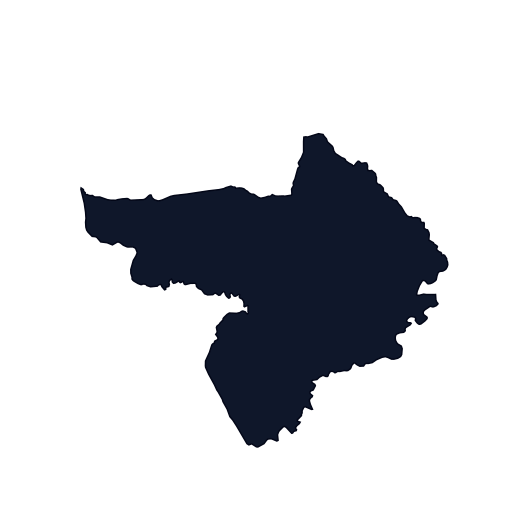 Venilale, Baucau, East Timor (Robinson projection), rotated 43°
{"feature_id": "22284137B53868942540237", "entity_name": "Venilale", "entity_type": "district", "adm_level": 2, "iso_a3": "TLS", "parent_name": "East Timor", "parent_adm1": "Baucau", "projection": "robinson", "projection_center": [126.397, -8.638], "detail": "fine", "context": "isolated", "style": "filled", "palette": "ink", "viewbox_px": 512, "rotation_deg": 43, "n_neighbors": 0, "source": "geoboundaries", "source_scale": "gbopen_adm2", "svg_char_len": 6155}
<svg xmlns="http://www.w3.org/2000/svg" viewBox="0 0 512 512"><g transform="rotate(43 256 256)"><path d="M211.1,134.9L209.9,136.4L212.7,139.8L220.1,147.7L222.1,152.9L223.3,158.7L223.9,159.4L226.7,160.5L227.2,161.6L226.6,162.3L227.1,163.9L232.0,173.2L233.0,176.5L233.6,177.5L235.5,178.9L236.1,182.0L236.5,182.9L240.1,186.3L240.4,187.4L236.2,192.7L235.0,193.5L231.2,197.3L229.3,198.9L226.0,200.0L225.8,202.6L224.2,204.0L222.6,207.0L220.1,210.5L217.5,211.6L212.9,212.2L211.6,212.8L210.9,213.7L208.3,214.6L205.5,214.5L203.8,215.0L201.3,215.1L199.1,216.2L197.4,217.6L194.9,220.4L194.0,219.9L193.1,220.3L192.3,221.2L190.0,222.0L187.4,226.4L186.5,228.7L183.8,232.6L176.7,240.9L163.3,257.8L154.9,267.6L152.9,270.6L149.4,278.6L147.9,281.2L146.7,282.6L143.2,284.2L140.4,284.3L137.7,283.0L136.9,283.6L136.5,284.9L136.3,288.6L135.8,290.6L135.0,291.8L126.5,300.5L125.6,301.0L123.4,301.4L122.5,301.9L119.1,305.6L116.5,309.0L115.4,310.9L111.8,314.2L109.0,316.1L101.5,319.4L98.2,322.5L97.4,323.0L95.1,323.3L93.7,324.8L92.1,325.8L90.7,326.1L89.9,327.0L89.1,327.2L88.5,327.0L88.0,326.2L85.9,326.2L84.4,325.1L81.7,325.5L82.4,326.6L94.4,334.5L101.5,340.2L106.0,344.4L108.3,347.5L112.0,351.0L114.5,352.5L116.9,353.1L122.8,353.4L125.4,351.4L126.8,350.9L132.8,351.6L138.1,347.8L143.4,345.8L145.0,340.5L145.8,339.6L147.8,338.9L151.6,338.6L155.1,337.4L156.0,336.9L159.8,333.3L162.0,332.6L163.1,332.7L166.5,334.3L167.3,335.4L168.2,337.9L169.3,342.9L173.6,351.2L176.3,354.0L179.8,356.0L181.1,357.4L182.6,357.7L183.9,357.6L188.4,356.6L191.2,355.5L192.0,354.8L192.2,353.8L194.5,351.9L196.4,352.0L199.9,350.4L204.4,345.3L204.4,343.6L205.3,342.2L206.4,341.7L208.1,342.6L212.2,343.1L212.7,342.0L211.9,341.1L211.4,339.7L212.1,339.2L213.0,337.7L211.9,335.7L210.8,335.2L209.8,333.8L209.5,332.7L209.7,331.3L210.0,330.5L211.0,330.8L212.6,332.1L214.3,332.2L215.4,330.7L216.4,327.2L216.8,326.6L217.8,327.2L218.8,327.1L219.4,325.9L219.6,324.9L220.2,324.2L222.4,325.4L223.2,325.4L224.0,324.9L226.7,320.7L230.0,317.5L230.7,317.3L231.9,317.7L233.2,318.8L235.0,319.0L236.7,318.8L239.3,317.8L244.1,318.7L247.2,317.4L250.8,313.7L251.1,311.7L251.7,310.7L255.6,310.1L256.5,308.7L256.2,307.2L256.3,304.9L256.6,304.2L257.2,303.8L257.9,303.9L260.0,305.0L262.0,305.5L264.7,305.5L265.2,304.8L265.1,303.5L263.0,302.0L263.0,300.3L263.4,299.6L267.4,300.2L268.5,299.3L269.7,295.6L270.4,295.4L271.0,295.9L271.3,296.9L272.4,297.7L275.5,296.9L277.9,297.6L279.8,299.0L281.5,301.0L282.2,301.0L283.5,298.0L284.2,297.9L287.9,301.9L289.2,302.8L289.3,304.1L288.3,304.5L286.4,304.1L283.9,305.2L283.2,306.4L282.8,308.4L280.9,311.2L275.4,315.9L274.7,318.4L274.5,322.7L274.6,324.1L275.5,325.4L275.4,329.5L275.7,331.0L275.3,334.0L275.8,335.3L279.0,337.6L279.8,338.8L280.0,340.8L283.5,341.5L284.8,342.6L284.8,343.9L283.9,346.5L285.0,348.3L284.5,348.9L284.3,350.3L284.4,351.2L287.7,358.2L290.7,367.2L293.9,370.8L295.1,371.8L302.0,374.7L313.5,378.5L318.8,380.7L320.8,381.1L329.0,383.7L331.2,385.0L339.3,387.6L346.5,391.3L350.9,391.8L358.0,393.6L377.4,399.4L379.6,399.0L380.9,396.3L386.4,395.3L387.6,394.4L389.8,387.8L389.3,383.2L389.6,381.7L390.7,380.3L392.2,379.0L397.4,377.1L397.9,375.8L393.6,372.0L392.6,369.7L392.2,368.0L392.4,362.5L392.7,361.8L393.2,361.1L395.0,360.7L403.0,361.3L403.5,360.5L403.2,358.5L404.5,356.3L404.1,355.4L403.3,355.4L401.9,354.5L401.6,352.1L402.0,349.0L401.6,347.4L399.0,348.6L398.0,347.6L398.1,341.8L397.0,340.4L396.8,339.4L395.2,337.7L394.2,334.3L394.4,333.2L394.9,332.6L401.3,330.3L401.8,329.6L397.0,327.5L394.2,325.8L393.1,324.7L392.8,322.3L393.1,320.7L392.6,319.6L389.7,319.8L388.6,319.3L388.2,318.6L388.1,317.4L389.2,315.0L387.9,310.4L386.6,309.8L383.1,310.4L382.0,309.2L382.1,308.3L384.8,304.8L385.0,301.4L386.3,297.6L389.3,296.4L390.4,295.4L390.4,294.4L389.7,293.3L389.1,289.9L390.0,288.7L391.3,287.8L393.3,287.6L393.8,286.9L394.0,285.5L394.9,284.2L396.1,283.2L398.5,279.7L400.5,278.1L401.3,277.1L401.9,274.4L401.7,273.1L400.6,270.6L400.5,267.3L401.1,266.9L404.2,266.6L407.1,265.8L409.7,263.1L409.3,260.3L410.1,259.1L411.3,258.1L413.7,254.7L414.8,249.7L417.3,244.0L419.3,241.3L421.9,240.1L425.4,239.0L427.2,237.4L429.4,234.1L430.3,230.9L429.7,228.7L426.1,224.1L423.7,222.8L419.7,223.7L418.1,223.5L415.6,222.6L413.6,220.9L412.3,219.0L412.1,217.4L412.4,216.5L413.5,214.1L416.0,211.1L416.2,209.9L416.1,208.9L414.7,207.7L414.3,206.2L415.7,201.1L415.4,199.4L414.7,199.4L412.7,201.0L410.8,201.1L410.2,200.5L409.6,198.9L409.8,196.4L410.4,195.0L411.3,194.0L413.9,192.4L415.3,192.7L416.5,194.5L419.7,195.0L421.5,194.8L422.2,194.4L423.0,193.1L423.8,188.3L423.8,185.3L423.4,184.5L422.6,184.1L418.9,184.5L418.0,184.3L416.6,183.1L416.2,181.9L416.2,180.4L417.6,174.0L420.1,172.6L420.8,171.5L421.7,169.4L421.8,167.2L421.4,166.6L419.8,166.5L417.6,165.5L413.6,161.7L407.0,167.9L404.6,169.6L402.2,173.4L400.6,174.8L399.6,174.5L397.9,171.8L395.7,166.2L394.8,161.9L394.6,160.8L394.8,159.9L396.7,158.8L400.1,159.2L400.9,159.0L402.3,157.3L403.3,155.2L404.0,152.3L404.0,150.5L401.8,146.9L400.6,144.1L400.7,142.2L402.9,139.6L403.6,137.6L403.8,136.0L403.2,133.5L402.3,131.7L400.3,129.9L398.2,128.9L397.2,127.9L393.5,126.9L392.2,127.4L391.5,128.9L389.8,127.5L388.7,127.3L386.8,128.1L383.8,128.1L383.1,127.5L382.4,125.5L381.5,125.2L377.8,125.8L376.7,125.3L371.8,126.4L371.0,125.9L368.2,122.3L366.6,121.0L363.6,119.9L362.1,120.8L360.0,121.0L356.8,117.4L355.9,117.0L354.2,118.6L352.5,118.2L351.1,117.0L349.9,117.0L347.7,118.0L345.8,119.7L345.1,120.7L344.3,121.3L342.8,121.2L341.8,122.6L339.2,123.6L335.3,123.0L328.9,121.0L324.9,120.7L321.5,119.8L320.5,120.0L317.9,121.4L315.4,120.9L312.6,122.4L309.6,121.1L306.0,122.0L305.0,121.7L303.4,120.1L302.4,119.5L299.3,119.3L297.9,119.4L296.2,120.3L294.3,120.1L293.3,119.5L290.5,116.4L289.0,115.7L287.5,114.5L286.4,114.3L282.3,114.5L280.9,116.2L279.5,117.1L277.8,116.0L276.6,114.4L275.5,113.5L273.5,112.6L272.2,113.5L270.0,116.3L268.9,116.5L266.8,116.5L266.0,117.0L265.9,119.1L266.2,122.8L265.2,124.2L264.1,123.7L260.5,124.7L256.8,125.2L255.4,124.5L253.7,124.7L251.7,125.6L244.1,126.9L241.2,126.1L238.4,124.2L237.0,123.7L231.0,123.8L230.0,123.6L227.6,122.3L223.9,121.9L222.2,121.4L218.3,123.9L212.7,133.7L211.1,134.9Z" fill="#0f172a" stroke="#020617" stroke-width="1.5"/></g></svg>